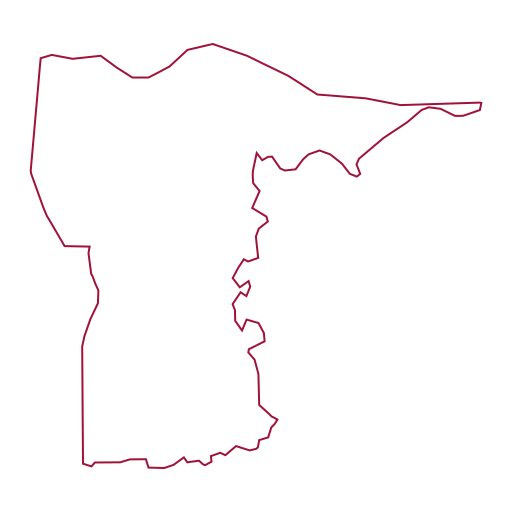 the district of Dorado, Puerto Rico
{"feature_id": "32010507B14965508281660", "entity_name": "Dorado", "entity_type": "district", "adm_level": 2, "iso_a3": "PRI", "parent_name": "Puerto Rico", "parent_adm1": "", "projection": "robinson", "projection_center": [-66.267, 18.432], "detail": "fine", "context": "isolated", "style": "outline", "palette": "rose", "viewbox_px": 512, "rotation_deg": 0, "n_neighbors": 0, "source": "geoboundaries", "source_scale": "gbopen_adm2", "svg_char_len": 1749}
<svg xmlns="http://www.w3.org/2000/svg" viewBox="0 0 512 512"><path d="M277.4,419.5L271.5,416.4L269.6,414.4L259.2,405.0L258.4,373.9L254.6,359.7L248.3,352.4L248.9,349.2L264.6,341.3L263.9,333.1L258.5,323.0L246.6,319.6L242.0,330.5L235.2,320.8L235.0,310.3L232.6,304.1L240.6,292.3L246.4,296.1L250.2,286.7L248.6,281.1L239.8,287.3L232.7,278.1L238.3,267.7L243.8,259.3L248.0,261.5L258.2,257.9L256.8,245.3L255.9,236.5L258.8,228.6L267.8,221.5L266.4,216.6L252.2,208.0L259.6,191.0L253.2,183.2L252.7,175.6L252.9,170.9L256.7,153.0L262.2,160.2L268.0,156.9L272.0,156.6L280.2,168.4L284.8,170.5L295.6,169.3L303.2,159.2L308.7,154.3L319.5,150.5L330.3,154.4L342.0,163.7L349.8,173.8L356.8,176.6L360.2,173.9L356.5,164.3L359.0,158.7L383.6,137.9L407.4,122.1L421.7,109.9L428.9,107.3L440.5,108.8L455.0,115.9L463.1,115.8L479.9,110.0L481.3,102.9L479.9,102.6L400.7,105.1L365.5,98.3L317.3,94.5L291.2,77.7L287.8,75.6L271.5,67.7L265.3,64.7L263.8,64.0L256.5,60.4L247.1,55.8L221.2,46.9L212.7,44.0L187.4,49.9L184.8,52.4L178.4,58.3L177.9,58.8L169.3,66.7L168.4,67.1L157.7,72.8L154.2,74.6L148.6,77.5L136.5,77.5L132.3,77.5L116.9,67.7L109.3,62.1L100.7,55.8L98.8,56.0L72.6,58.8L51.8,54.9L40.7,58.2L39.8,67.3L38.2,85.9L30.7,170.8L31.2,173.8L37.9,192.4L43.4,207.7L46.8,215.8L50.9,222.6L64.6,246.1L89.6,246.6L88.5,253.2L91.2,274.0L92.5,276.1L95.3,283.7L98.4,290.4L97.9,303.3L90.4,319.1L84.5,336.0L82.2,346.3L82.2,347.6L83.0,463.7L91.5,466.4L94.9,462.5L120.2,462.3L129.8,459.4L145.9,459.2L148.5,467.6L164.2,468.0L173.5,464.9L183.9,457.4L187.3,462.3L199.0,460.7L203.0,464.3L205.0,465.2L211.5,461.7L210.9,456.1L220.2,452.8L225.4,455.2L236.0,446.1L249.7,450.4L256.3,448.8L257.9,447.3L259.2,440.1L268.2,437.4L271.3,427.4L274.9,423.7L277.4,419.5Z" fill="none" stroke="#9f1239" stroke-width="2"/></svg>